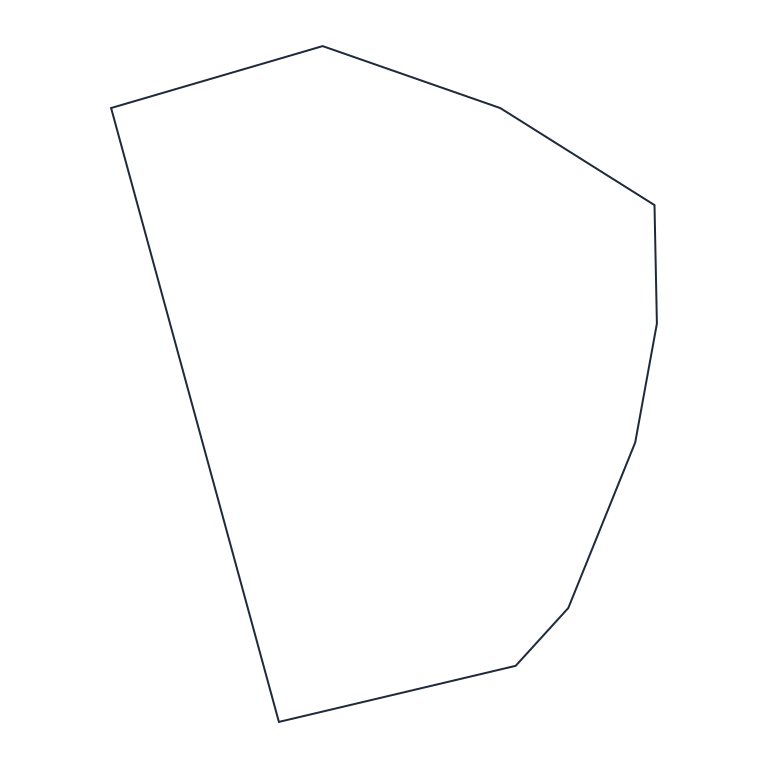 an SVG outline of Saint George Gingerland
{"feature_id": "KNA-5102", "entity_name": "Saint George Gingerland", "entity_type": "Parish", "adm_level": 1, "iso_a3": "KNA", "parent_name": "Saint Kitts and Nevis", "parent_adm1": "", "projection": "orthographic", "projection_center": [-62.55, 17.125], "detail": "fine", "context": "isolated", "style": "outline", "palette": "slate", "viewbox_px": 768, "rotation_deg": 0, "n_neighbors": 0, "source": "natural_earth", "source_scale": "10m", "svg_char_len": 246}
<svg xmlns="http://www.w3.org/2000/svg" viewBox="0 0 768 768"><path d="M654.5,205.1L656.9,323.6L635.2,442.5L568.3,608.0L515.7,665.8L278.9,721.9L111.1,108.0L322.6,46.1L500.3,108.1L654.5,205.1Z" fill="none" stroke="#1e293b" stroke-width="2"/></svg>